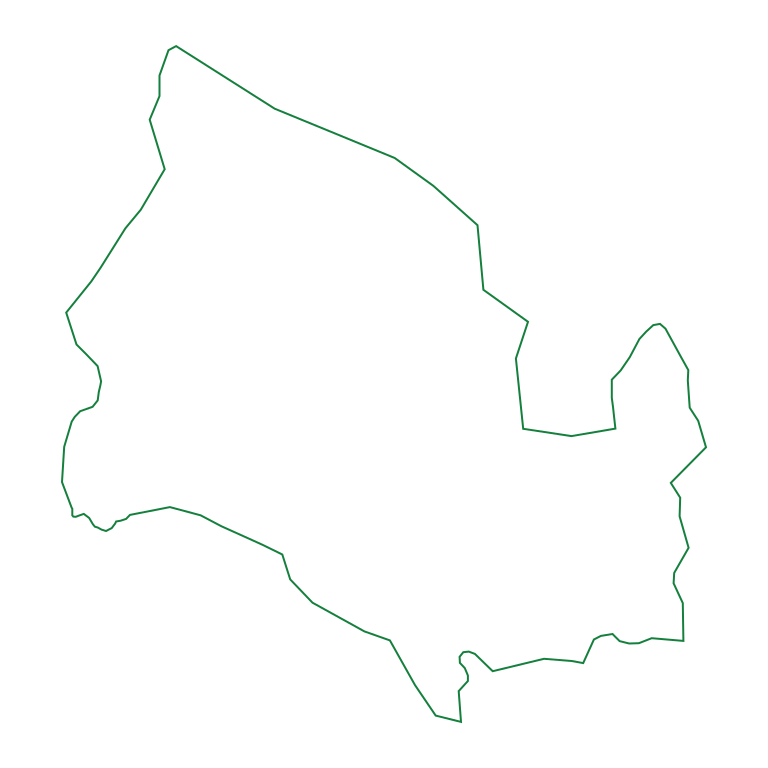 the district of Macina, Ségou, Mali
{"feature_id": "8926073B71452714760112", "entity_name": "Macina", "entity_type": "district", "adm_level": 2, "iso_a3": "MLI", "parent_name": "Mali", "parent_adm1": "Ségou", "projection": "mercator", "projection_center": [-5.365, 14.021], "detail": "fine", "context": "isolated", "style": "outline", "palette": "green", "viewbox_px": 768, "rotation_deg": 0, "n_neighbors": 0, "source": "geoboundaries", "source_scale": "gbopen_adm2", "svg_char_len": 1431}
<svg xmlns="http://www.w3.org/2000/svg" viewBox="0 0 768 768"><path d="M665.5,328.7L660.0,323.9L653.3,325.1L646.1,331.7L639.4,339.0L629.8,357.1L620.7,370.4L611.8,379.7L611.8,397.8L613.1,407.7L613.8,414.3L615.4,428.6L571.4,436.1L523.2,428.8L515.9,358.5L528.0,321.8L483.4,289.8L477.5,225.2L433.4,185.9L394.7,158.0L274.7,108.7L176.1,46.1L168.5,50.2L159.5,75.5L159.5,96.1L149.7,119.7L164.7,169.2L140.8,209.7L125.4,228.3L100.6,267.7L91.3,281.4L66.2,312.6L76.5,344.5L86.5,354.5L97.6,366.1L101.1,381.3L100.4,385.2L98.8,392.0L97.7,400.4L92.6,406.8L80.2,411.2L74.8,416.8L71.7,421.6L64.2,446.8L62.0,482.1L71.6,507.6L72.3,508.8L72.3,515.4L73.3,516.6L75.8,516.8L79.5,515.4L83.8,513.9L89.2,518.0L92.8,524.1L94.9,526.7L97.7,527.5L101.5,529.6L106.0,531.0L111.7,528.1L115.2,523.5L116.1,521.5L120.7,520.7L126.1,518.9L130.0,514.9L169.9,507.1L200.6,515.3L221.3,526.2L262.5,544.8L282.3,554.5L290.2,579.4L312.5,602.7L364.4,631.4L389.9,640.4L415.0,685.1L435.7,715.6L461.0,721.9L458.7,691.1L467.9,681.0L467.9,675.5L464.8,668.1L459.9,662.9L459.6,656.8L463.3,652.2L468.8,651.6L474.9,653.9L492.7,671.2L544.0,658.8L571.8,661.0L583.2,663.1L593.9,639.5L600.9,635.9L612.5,634.0L619.6,641.1L629.1,643.5L638.9,643.2L651.7,638.2L683.4,640.9L682.8,603.1L673.6,583.3L674.2,572.9L688.6,547.8L679.6,516.3L680.2,497.7L670.8,482.9L706.0,447.3L698.2,420.8L689.7,407.7L687.8,380.5L688.3,370.1L681.0,357.0L665.5,328.7Z" fill="none" stroke="#15803d" stroke-width="2"/></svg>